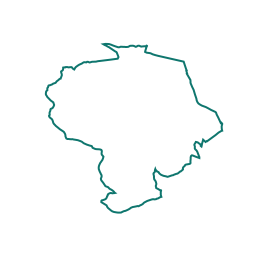 Ubate, Cundinamarca, Colombia (Natural Earth projection), rotated 290°
{"feature_id": "7082276B92428342220208", "entity_name": "Ubate", "entity_type": "district", "adm_level": 2, "iso_a3": "COL", "parent_name": "Colombia", "parent_adm1": "Cundinamarca", "projection": "natural_earth1", "projection_center": [-73.82, 5.317], "detail": "fine", "context": "isolated", "style": "outline", "palette": "teal", "viewbox_px": 256, "rotation_deg": 290, "n_neighbors": 0, "source": "geoboundaries", "source_scale": "gbopen_adm2", "svg_char_len": 5771}
<svg xmlns="http://www.w3.org/2000/svg" viewBox="0 0 256 256"><g transform="rotate(290 128 128)"><path d="M211.7,117.2L211.1,117.0L210.8,116.8L210.5,115.6L209.4,113.3L209.3,113.0L209.0,112.6L209.0,112.4L209.1,111.0L209.1,110.2L208.7,109.3L208.3,108.8L207.8,108.5L207.3,108.0L207.1,107.8L206.9,107.4L207.1,106.2L207.1,105.1L206.9,104.2L206.0,102.0L205.8,101.7L204.6,100.7L204.4,100.5L204.2,100.2L203.6,98.9L203.2,97.7L203.1,97.2L202.5,95.4L202.4,95.0L201.9,93.4L201.6,93.0L201.0,92.4L200.5,91.1L200.4,88.0L200.4,85.0L200.5,84.2L200.4,81.5L199.9,79.8L199.8,79.4L199.3,78.0L198.3,76.2L198.0,77.8L197.9,79.5L197.6,80.8L197.4,82.6L197.1,83.7L196.7,85.4L195.5,90.2L195.5,90.8L195.3,91.3L195.1,91.6L194.5,92.1L192.6,93.8L191.4,94.8L189.6,94.6L186.4,88.5L181.5,78.9L180.5,76.9L179.4,75.2L177.9,71.5L176.6,69.8L176.4,69.3L176.4,69.0L176.5,68.4L176.5,67.8L176.4,67.4L176.1,66.8L175.5,66.5L175.4,66.4L175.0,64.8L174.7,64.1L174.4,63.8L173.6,63.1L172.9,62.7L170.9,60.6L169.5,59.5L167.4,58.1L166.1,57.7L164.6,57.5L164.7,56.5L165.1,55.7L165.5,54.9L165.8,54.5L165.8,54.2L165.8,53.8L164.6,51.3L164.5,50.1L164.1,49.0L163.9,48.6L163.7,48.6L163.5,48.4L163.2,47.4L162.6,46.4L161.9,46.7L160.3,47.0L159.4,46.6L158.3,45.8L158.1,45.8L157.9,45.9L157.6,46.2L157.2,46.3L156.6,46.8L156.3,47.1L155.2,47.7L154.7,47.8L151.3,47.8L150.9,47.1L150.7,46.9L149.4,46.3L147.4,45.0L145.9,44.6L145.5,44.3L144.0,42.4L143.4,42.1L143.1,41.8L142.9,41.7L142.4,41.0L142.0,40.7L141.6,40.2L141.4,39.9L141.3,39.6L141.0,39.1L140.6,38.8L140.2,38.8L138.8,38.9L138.1,38.6L137.9,38.6L137.1,38.8L135.9,39.3L135.2,38.9L134.4,38.6L132.7,38.9L132.1,39.1L131.4,39.4L130.9,39.9L130.5,40.5L129.6,41.5L127.4,46.0L126.5,49.1L126.0,49.4L124.8,50.4L124.4,50.7L123.8,50.7L122.9,50.7L121.3,50.4L120.7,50.1L119.5,48.9L119.2,48.8L118.8,48.8L118.4,48.9L117.9,49.1L117.4,49.1L115.9,49.0L114.8,49.3L113.7,49.9L113.1,49.9L112.7,49.6L112.3,49.7L112.0,49.9L111.5,50.4L111.0,51.3L110.3,53.4L109.5,54.4L109.2,54.6L108.9,54.9L107.3,56.0L107.0,56.4L106.4,57.2L106.0,58.1L105.3,59.4L104.1,62.9L103.6,64.2L103.3,65.5L102.7,68.0L102.5,68.7L102.3,69.2L101.8,69.8L101.0,70.8L100.4,71.3L99.5,71.8L98.6,72.2L97.1,73.6L96.9,74.8L97.4,76.1L97.7,77.5L98.1,78.8L98.3,79.1L98.5,79.6L98.6,80.8L99.0,82.8L99.4,85.1L99.4,88.0L99.3,89.4L98.8,90.8L98.5,92.0L98.4,93.8L98.3,94.7L98.4,98.0L98.6,100.0L98.4,100.4L97.6,101.2L97.3,101.5L97.2,102.9L97.1,104.0L97.2,105.1L97.5,106.2L98.2,108.5L98.3,109.1L98.3,110.4L97.8,111.0L97.4,111.3L94.7,112.0L94.0,112.5L92.7,114.7L92.1,114.8L90.5,114.9L88.8,114.8L88.4,114.6L87.1,114.3L85.8,113.9L83.8,113.7L82.2,113.7L80.8,114.0L79.4,114.6L77.3,116.4L75.9,117.9L75.5,118.2L74.8,119.1L73.8,119.7L72.5,119.9L71.3,119.8L70.4,120.2L69.6,120.9L68.2,123.2L66.4,125.7L65.9,126.3L65.7,126.6L65.6,127.3L65.6,128.3L65.6,129.3L65.5,129.7L64.7,131.2L64.4,132.5L64.4,133.1L64.0,134.8L63.4,136.4L62.6,137.6L62.5,138.0L62.3,137.7L61.8,136.6L61.5,136.1L61.3,135.7L61.1,134.3L61.0,134.0L60.5,133.2L59.3,132.1L58.8,131.9L58.4,131.8L57.9,132.0L57.4,132.0L56.8,131.7L55.6,131.8L54.3,131.6L53.4,131.1L52.9,130.6L51.8,129.3L51.1,128.3L51.0,128.1L50.8,128.0L50.3,127.9L49.2,128.3L48.3,132.7L48.1,133.8L47.9,134.4L46.8,135.4L46.0,136.6L44.7,140.2L44.3,141.7L44.3,142.7L44.3,143.6L44.9,146.9L45.7,149.3L46.2,150.4L47.6,151.7L48.7,152.9L49.1,153.7L50.0,154.7L51.5,156.2L52.7,157.2L53.5,157.7L54.1,158.1L55.3,159.4L56.1,160.8L57.4,162.9L57.9,163.6L58.1,164.7L59.8,166.2L60.2,166.7L61.5,167.8L63.1,168.5L63.8,169.0L65.0,170.1L65.9,170.9L66.4,171.5L68.8,174.5L69.7,175.9L69.9,177.0L70.1,177.6L70.8,178.8L71.5,179.3L71.6,179.6L72.1,180.3L73.9,181.8L74.3,182.3L74.7,182.9L75.5,182.3L76.5,181.6L77.7,181.2L79.5,180.5L80.1,180.6L80.5,180.5L80.7,180.4L80.8,180.1L80.6,179.5L80.6,179.0L81.0,177.0L81.2,175.1L82.9,174.0L83.3,173.9L84.4,173.9L84.9,173.8L85.5,173.6L87.3,172.3L88.2,171.1L88.5,170.5L88.8,170.2L90.2,169.4L91.6,168.9L93.6,167.6L93.9,167.6L94.5,167.6L95.5,168.1L96.2,168.2L97.4,167.8L98.2,167.7L98.7,167.7L98.2,168.1L97.9,168.9L97.7,169.2L97.5,169.6L97.1,170.1L97.0,171.7L96.8,172.1L96.2,172.7L96.0,173.1L95.4,174.8L95.3,175.7L95.2,177.7L95.6,180.5L95.6,181.6L95.7,181.9L96.1,182.5L98.5,185.5L99.2,186.7L100.1,187.4L100.3,187.7L100.5,188.0L101.3,188.9L102.1,190.1L102.6,190.5L103.2,190.9L104.7,191.7L104.9,191.9L105.1,192.3L105.5,192.5L105.8,192.7L107.3,193.6L107.9,193.8L109.0,193.3L109.8,193.3L110.6,193.6L111.0,193.8L111.5,194.2L112.5,194.3L112.9,194.5L113.4,194.9L114.4,196.6L114.9,197.5L115.4,198.2L115.8,198.6L116.0,198.7L116.5,198.7L118.2,198.0L120.2,197.5L121.9,196.9L123.2,196.8L124.2,197.4L124.3,198.3L124.2,201.4L124.2,205.3L125.1,205.0L125.7,204.4L127.5,202.9L128.0,202.4L129.0,201.6L130.3,200.1L131.0,198.5L131.3,198.1L131.6,197.8L132.1,197.6L133.4,197.2L134.1,196.7L134.8,196.1L135.8,196.1L137.5,196.5L138.1,196.5L138.2,196.9L138.2,197.4L138.3,198.1L138.3,198.5L138.2,198.6L138.1,199.2L137.8,199.9L137.7,200.6L137.7,200.8L136.8,202.2L136.0,202.5L135.7,203.4L135.8,203.4L137.0,203.2L137.4,203.2L138.5,202.9L139.6,202.9L142.7,202.6L141.4,205.7L142.7,206.5L142.9,206.8L142.8,207.0L143.1,207.2L151.3,212.7L154.7,214.7L157.5,217.0L157.7,217.4L159.1,216.5L161.4,215.5L162.6,215.3L163.9,215.2L164.2,215.1L164.4,214.9L164.9,213.9L164.5,213.8L164.3,213.6L168.9,209.0L171.0,206.7L172.4,205.6L172.8,205.1L173.0,204.4L173.4,199.9L174.0,196.2L174.3,193.9L174.3,189.8L174.6,187.9L175.1,185.9L175.9,184.6L177.3,183.2L179.0,182.2L182.5,179.4L186.3,176.6L188.5,174.3L191.4,171.6L192.3,171.1L193.2,170.8L194.5,170.2L199.1,164.7L199.5,164.9L199.8,164.6L200.7,164.0L201.7,163.2L202.1,163.5L203.3,162.4L209.4,157.6L206.1,131.6L205.8,128.4L205.7,125.9L205.9,124.1L205.9,123.4L205.7,122.2L205.2,120.0L205.3,118.1L205.9,117.9L206.6,117.9L207.8,117.8L209.0,117.8L209.6,117.6L211.6,117.8L211.7,117.7L211.7,117.2Z" fill="none" stroke="#0f766e" stroke-width="2"/></g></svg>